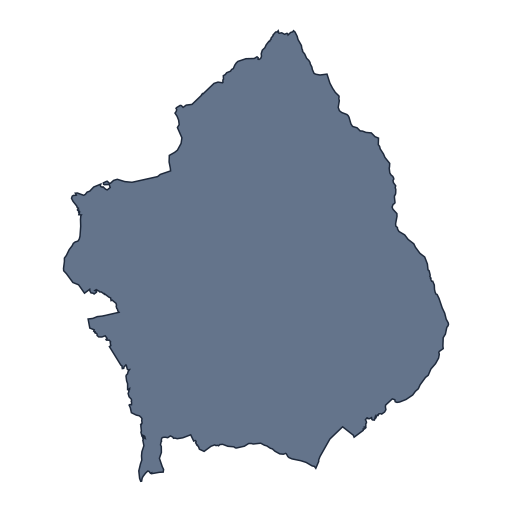 outline of Calvini, Buzau, Romania
{"feature_id": "2599482B35785956120481", "entity_name": "Calvini", "entity_type": "district", "adm_level": 2, "iso_a3": "ROU", "parent_name": "Romania", "parent_adm1": "Buzau", "projection": "albers", "projection_center": [26.287, 45.248], "detail": "fine", "context": "isolated", "style": "filled", "palette": "slate", "viewbox_px": 512, "rotation_deg": 0, "n_neighbors": 0, "source": "geoboundaries", "source_scale": "gbopen_adm2", "svg_char_len": 5983}
<svg xmlns="http://www.w3.org/2000/svg" viewBox="0 0 512 512"><path d="M315.8,468.3L318.7,461.5L318.7,459.9L320.0,456.5L329.9,439.0L342.6,426.8L353.3,435.2L354.1,437.2L363.2,430.4L363.3,428.9L364.3,429.1L365.7,427.8L364.4,427.1L365.8,426.6L365.8,423.6L366.5,422.8L366.3,421.4L365.4,419.8L366.9,417.9L367.6,417.9L367.9,418.7L369.5,418.7L371.5,417.6L371.8,419.2L372.4,419.9L374.4,420.1L375.4,416.4L375.9,417.7L377.3,415.0L378.1,415.4L378.7,413.9L380.9,413.6L381.7,414.1L384.6,412.0L385.9,409.7L385.4,406.9L385.6,405.1L392.3,398.9L394.8,399.7L395.2,401.7L395.6,401.9L397.0,402.4L399.7,402.0L406.0,399.5L412.7,395.0L415.4,391.3L418.3,388.8L420.1,384.8L425.5,377.4L428.2,375.3L430.9,369.0L435.5,363.7L438.6,358.1L439.3,354.2L438.8,352.5L439.3,351.4L443.2,348.6L442.9,346.1L443.2,337.7L445.4,334.1L446.8,327.4L448.0,325.9L448.5,324.3L448.2,322.8L446.2,319.2L444.7,313.2L442.2,307.9L439.0,298.4L437.1,294.5L436.0,294.1L435.1,292.1L434.5,289.4L434.3,285.0L432.7,281.2L431.7,281.3L431.0,279.9L430.5,278.5L430.9,278.4L430.7,277.6L429.8,276.4L430.2,275.2L429.1,270.7L428.0,269.8L427.4,264.0L424.7,257.0L419.9,253.3L415.4,247.2L413.8,243.8L408.1,239.4L404.7,234.9L399.0,231.5L397.6,229.2L397.4,227.5L395.8,226.1L395.6,223.8L397.0,216.3L396.9,213.6L392.9,209.2L392.1,207.1L393.1,204.4L394.6,203.4L395.0,202.5L394.4,197.0L394.6,195.4L395.3,194.8L395.7,193.2L395.8,189.4L395.2,187.7L395.7,185.8L393.4,182.6L393.0,180.4L393.8,179.1L393.7,178.2L392.8,176.4L391.0,174.9L389.8,172.9L389.2,168.0L389.5,167.1L389.7,163.4L384.9,157.4L383.5,154.0L380.2,148.9L379.6,146.4L378.3,144.7L378.5,138.1L375.0,136.7L371.3,132.9L365.9,132.4L362.6,131.1L360.1,130.9L357.1,127.8L352.5,126.4L350.9,123.8L349.0,117.2L348.1,115.6L346.9,114.5L341.7,112.5L339.4,110.7L338.2,107.4L339.3,100.8L338.8,98.3L339.1,96.9L338.9,95.9L335.3,92.4L332.6,88.3L329.9,83.2L327.0,74.1L320.0,75.0L315.7,74.2L314.0,73.3L312.3,69.4L311.9,67.1L310.2,63.8L310.0,62.4L308.7,60.3L306.6,58.3L304.7,54.0L302.5,51.3L302.6,50.2L301.9,48.8L301.4,45.5L298.0,39.5L297.2,36.4L295.0,32.0L293.5,30.7L292.8,31.8L290.6,32.5L288.1,34.9L288.0,34.3L287.0,33.3L284.6,34.3L281.7,32.8L279.1,33.3L278.4,32.5L278.6,31.9L278.2,30.7L277.3,31.9L275.7,32.0L273.0,35.0L273.1,35.6L271.0,38.2L271.0,39.4L270.0,40.3L269.6,41.4L268.9,41.3L266.2,44.8L264.9,47.7L262.3,50.2L261.2,53.8L261.5,56.1L261.2,57.2L260.7,58.3L259.3,59.4L258.1,59.3L258.2,57.8L257.0,56.8L254.2,58.5L246.0,58.7L237.9,61.4L236.3,62.9L234.8,65.1L233.3,68.6L231.6,69.5L230.5,71.2L226.7,72.7L225.2,74.6L223.3,75.7L223.5,79.2L222.9,79.9L222.9,82.5L222.5,82.8L218.0,82.1L214.0,83.4L203.1,93.8L202.7,93.5L202.0,94.1L201.5,94.9L201.6,95.2L192.0,104.4L186.2,105.1L183.1,107.4L181.4,105.6L180.2,105.4L176.6,107.6L176.0,108.3L176.7,109.5L176.3,111.3L175.0,113.1L177.1,116.3L178.6,120.1L179.2,124.6L177.4,127.5L181.9,137.8L181.1,143.4L177.4,150.2L174.6,152.4L169.3,155.4L169.1,162.0L170.3,168.0L170.6,170.9L160.3,174.4L157.6,176.6L132.0,182.3L124.8,181.6L117.3,179.3L113.6,180.4L110.4,183.3L109.3,183.2L107.2,181.2L106.4,181.4L103.3,182.9L103.6,184.3L104.5,184.7L109.2,184.5L110.2,187.5L107.2,189.9L105.6,189.2L103.0,186.8L102.4,187.2L100.8,186.6L100.4,185.7L100.8,184.1L93.7,187.0L89.7,191.2L87.1,192.1L85.3,194.4L83.7,195.3L77.4,193.0L75.3,193.2L76.4,195.1L76.0,195.3L73.4,195.4L72.2,196.2L71.5,198.3L73.0,201.3L76.8,206.1L77.2,207.5L78.4,208.2L77.4,209.9L77.8,210.4L78.8,210.3L78.7,211.3L79.6,211.7L79.5,212.4L79.0,211.8L78.6,212.1L79.1,213.5L78.8,214.7L81.4,214.9L80.8,216.0L80.5,219.5L80.7,226.3L80.0,236.2L79.2,239.2L77.9,241.1L75.1,242.0L73.3,243.4L72.2,245.7L69.2,249.6L66.4,255.4L64.4,258.1L64.4,261.6L63.5,268.5L63.7,270.8L66.5,273.8L72.9,282.5L78.6,284.8L84.5,293.2L89.7,289.3L89.9,291.0L91.0,292.9L93.1,293.2L94.1,294.0L96.5,292.2L96.6,291.2L94.9,290.5L96.3,289.6L99.2,291.3L99.6,291.9L101.4,292.0L104.4,294.2L104.5,293.8L109.0,297.2L110.6,297.9L111.1,300.6L112.1,300.1L116.0,303.3L116.5,305.1L116.2,306.3L116.7,308.3L117.5,309.3L117.8,310.8L119.0,312.3L102.2,316.1L97.3,316.6L92.9,318.4L88.1,319.0L89.8,328.1L94.2,329.8L93.7,331.2L95.3,331.9L95.3,332.5L94.8,332.5L95.1,333.0L96.6,333.4L97.1,334.3L97.1,335.5L98.7,336.9L101.9,337.0L105.2,335.8L107.1,338.4L106.9,339.0L106.0,339.4L106.4,340.1L109.3,340.2L110.6,341.9L110.2,342.6L110.8,345.6L109.4,346.6L120.9,365.2L121.9,365.7L122.3,368.6L123.7,368.4L124.0,367.0L125.9,364.9L126.3,365.3L127.3,369.2L128.0,369.8L129.5,369.6L128.1,371.6L127.5,373.9L126.3,375.1L126.0,376.1L126.6,380.8L127.6,383.7L127.6,389.6L128.2,389.6L129.6,388.5L129.5,389.6L128.6,390.3L128.9,391.6L128.1,393.5L129.1,396.8L131.3,399.2L131.6,400.3L131.2,401.3L131.6,402.0L131.5,404.7L129.7,404.6L129.1,405.1L130.3,407.7L131.4,412.7L136.3,415.1L139.4,415.8L141.4,417.7L142.0,418.9L141.7,420.5L142.1,423.0L140.8,424.4L141.3,424.7L140.8,425.6L141.4,431.2L140.9,432.1L142.0,436.3L143.3,437.0L143.6,436.4L143.1,435.4L144.3,436.0L144.8,436.6L145.3,438.5L143.0,437.5L142.7,437.7L143.3,439.4L142.8,440.2L143.9,445.7L141.9,451.7L141.5,455.9L141.8,460.1L140.5,463.8L138.8,470.9L139.6,478.4L140.7,481.3L141.6,481.2L142.2,478.1L143.0,476.5L145.6,473.1L147.7,471.1L148.9,471.3L150.4,473.2L151.4,472.9L151.1,473.5L151.4,473.7L159.4,472.3L163.2,472.1L163.6,469.5L162.3,466.8L159.4,458.3L161.4,452.4L161.3,446.4L160.5,444.9L161.0,442.2L161.6,441.1L161.3,440.6L161.5,439.0L161.8,438.1L162.9,437.4L165.2,437.2L167.7,437.7L170.4,435.9L172.8,437.1L173.5,438.3L175.0,438.1L177.2,438.7L182.8,437.8L190.7,434.8L193.7,441.1L195.1,440.5L195.9,441.1L196.1,441.7L195.6,442.9L196.1,443.3L196.7,445.0L197.4,445.0L197.5,445.7L198.4,446.5L199.4,449.2L204.1,451.4L211.1,446.2L214.7,444.9L216.0,445.6L217.4,445.3L218.6,445.8L219.7,444.6L222.6,444.3L227.9,446.3L233.8,446.8L235.4,447.9L236.5,448.0L244.4,446.2L248.7,443.5L251.4,443.5L253.2,444.0L260.7,443.2L264.4,445.2L266.8,445.9L270.4,448.3L272.4,448.9L274.9,451.2L279.8,453.9L283.4,454.2L285.7,453.4L286.4,453.9L287.8,456.5L289.0,457.6L292.0,458.9L300.8,460.7L306.1,462.4L312.1,465.9L314.4,466.4L315.8,468.3Z" fill="#64748b" stroke="#1e293b" stroke-width="1.5"/></svg>